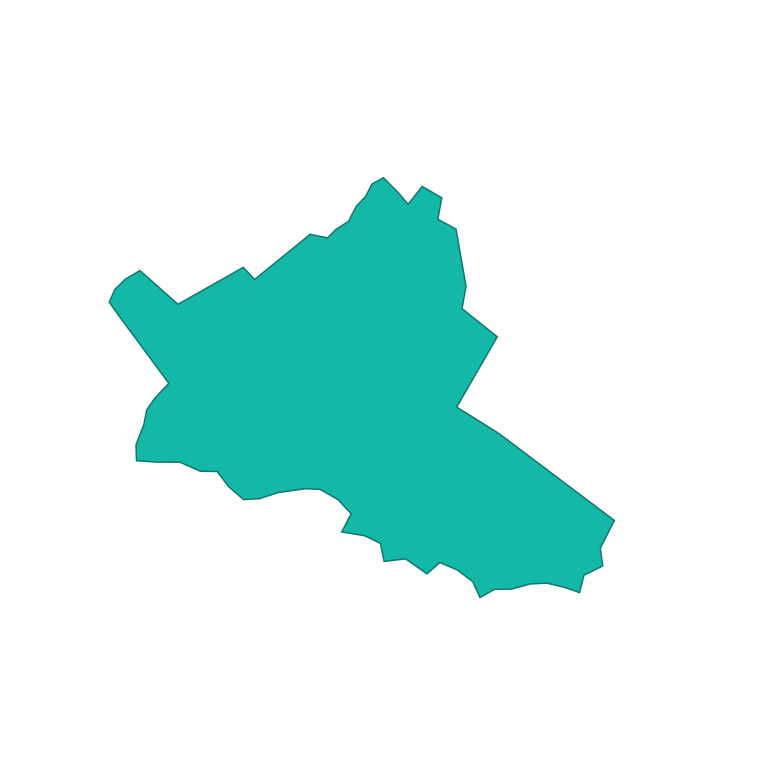 the district of Cunhataí, Santa Catarina, Brazil, rotated 300°
{"feature_id": "56859067B30520652390204", "entity_name": "Cunhataí", "entity_type": "district", "adm_level": 2, "iso_a3": "BRA", "parent_name": "Brazil", "parent_adm1": "Santa Catarina", "projection": "equal_earth", "projection_center": [-53.105, -26.977], "detail": "fine", "context": "isolated", "style": "filled", "palette": "teal", "viewbox_px": 768, "rotation_deg": 300, "n_neighbors": 0, "source": "geoboundaries", "source_scale": "gbopen_adm2", "svg_char_len": 963}
<svg xmlns="http://www.w3.org/2000/svg" viewBox="0 0 768 768"><g transform="rotate(300 384 384)"><path d="M193.8,208.0L202.6,226.1L214.2,246.2L216.6,268.5L224.8,283.3L217.3,301.1L213.7,320.2L222.4,333.4L237.1,346.7L253.8,368.0L260.8,381.3L260.8,402.0L255.3,420.4L234.7,421.4L242.9,443.0L244.2,460.5L230.4,472.8L243.4,490.2L241.0,516.1L257.2,521.6L259.6,540.6L257.2,559.7L247.1,573.9L261.3,582.3L270.3,597.2L283.8,610.4L293.0,624.7L298.1,641.8L301.2,657.6L318.4,652.8L335.8,664.4L350.0,653.4L381.0,651.8L398.6,508.3L400.3,458.5L481.5,458.5L488.3,413.9L509.6,406.2L554.1,369.0L553.6,348.3L574.1,340.9L574.2,318.3L551.7,315.0L556.7,301.1L562.3,280.4L551.2,273.6L537.4,274.3L523.4,271.1L507.2,272.0L494.1,265.2L482.3,262.0L476.7,245.2L409.8,219.7L414.6,203.8L350.0,165.7L360.2,115.9L345.9,107.8L331.4,103.6L317.4,105.2L310.9,119.4L277.0,197.3L256.5,192.5L242.9,191.5L228.4,196.4L207.4,199.6L193.8,208.0Z" fill="#14b8a6" stroke="#0f766e" stroke-width="1.5"/></g></svg>